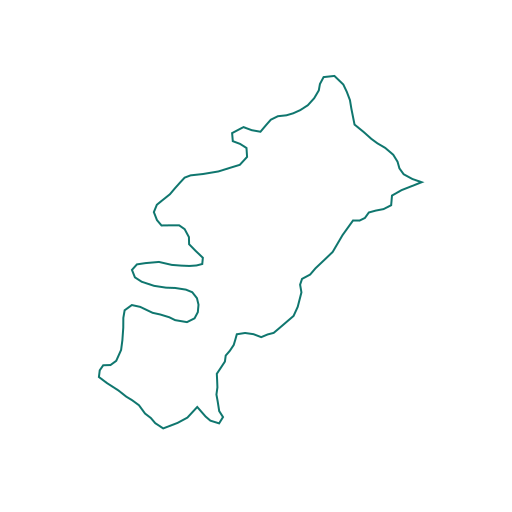 the district of Mato Queimado, Rio Grande do Sul, Brazil, rotated 298°
{"feature_id": "56859067B13122531384291", "entity_name": "Mato Queimado", "entity_type": "district", "adm_level": 2, "iso_a3": "BRA", "parent_name": "Brazil", "parent_adm1": "Rio Grande do Sul", "projection": "orthographic", "projection_center": [-54.664, -28.247], "detail": "fine", "context": "isolated", "style": "outline", "palette": "teal", "viewbox_px": 512, "rotation_deg": 298, "n_neighbors": 0, "source": "geoboundaries", "source_scale": "gbopen_adm2", "svg_char_len": 1933}
<svg xmlns="http://www.w3.org/2000/svg" viewBox="0 0 512 512"><g transform="rotate(298 256 256)"><path d="M398.9,367.6L397.4,358.0L397.5,348.0L400.7,341.5L405.7,336.7L409.8,329.7L412.1,319.4L412.5,310.2L413.6,302.7L416.0,293.0L418.3,281.3L430.9,271.0L437.7,265.8L443.5,259.2L448.4,252.6L451.8,240.7L445.7,231.7L437.9,231.7L431.7,233.7L422.6,233.3L413.5,231.0L405.6,226.6L399.4,221.8L394.5,216.8L389.7,209.7L383.3,205.1L376.6,203.5L367.8,201.6L365.1,193.2L363.9,184.4L353.3,177.2L346.5,181.6L347.5,189.3L346.9,196.9L339.3,201.6L328.9,198.9L321.7,191.7L313.0,183.1L303.5,170.7L296.5,160.4L291.7,156.2L285.3,154.5L278.0,152.7L270.1,151.0L260.4,146.8L254.7,144.4L246.8,145.2L241.2,151.7L238.6,158.2L243.7,167.5L247.0,173.8L246.2,180.4L241.2,187.9L235.0,191.4L232.2,200.2L229.5,209.9L223.7,212.3L219.7,207.9L216.0,202.0L212.5,194.7L208.6,185.8L205.2,173.1L197.8,161.7L192.7,154.8L185.5,153.0L180.3,159.1L179.6,167.2L181.8,180.0L185.8,191.4L189.8,199.6L193.4,209.9L194.1,216.7L191.0,223.7L186.0,228.1L179.1,231.0L172.1,231.0L165.2,226.1L161.4,214.7L161.2,208.2L159.4,198.9L157.3,191.4L156.7,177.6L154.4,169.4L146.4,165.5L139.1,167.9L130.3,172.5L118.8,177.6L109.7,181.0L97.8,181.8L91.4,178.7L87.8,172.4L81.7,171.7L75.4,174.1L73.8,184.2L72.7,197.6L70.9,207.5L70.5,214.4L69.3,222.7L64.8,232.0L63.6,239.2L61.1,245.5L60.2,255.0L71.8,265.1L81.1,271.3L95.1,275.0L90.6,286.8L89.2,293.0L90.9,302.0L98.3,302.5L101.8,296.3L109.4,290.6L115.1,286.1L121.9,283.6L127.9,280.1L133.6,276.7L140.7,277.4L148.2,278.1L153.9,276.0L160.0,277.4L167.0,278.1L172.5,277.0L177.9,275.8L182.9,282.5L185.8,290.5L186.8,298.7L192.2,303.1L196.4,307.7L201.6,309.8L220.7,317.3L230.7,316.7L245.2,313.2L251.4,308.4L257.4,307.4L265.0,312.5L273.1,314.3L281.4,317.1L289.5,319.8L295.6,321.8L315.1,322.6L332.9,325.0L335.9,330.8L340.7,334.3L347.4,335.2L352.3,340.4L357.3,346.6L364.3,351.5L373.2,347.7L382.5,353.6L398.9,367.6Z" fill="none" stroke="#0f766e" stroke-width="2"/></g></svg>